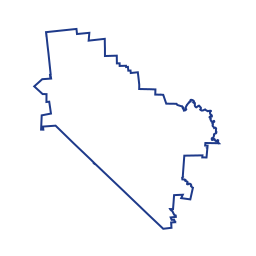 outline of Méndez, Tamaulipas, Mexico, rotated 264°
{"feature_id": "50627088B67247085370697", "entity_name": "Méndez", "entity_type": "district", "adm_level": 2, "iso_a3": "MEX", "parent_name": "Mexico", "parent_adm1": "Tamaulipas", "projection": "robinson", "projection_center": [-98.5, 25.209], "detail": "fine", "context": "isolated", "style": "outline", "palette": "blue", "viewbox_px": 256, "rotation_deg": 264, "n_neighbors": 0, "source": "geoboundaries", "source_scale": "gbopen_adm2", "svg_char_len": 5378}
<svg xmlns="http://www.w3.org/2000/svg" viewBox="0 0 256 256"><g transform="rotate(264 128 128)"><path d="M24.1,152.5L24.2,160.8L26.9,160.9L27.5,160.9L27.5,161.0L29.5,161.0L29.4,164.1L29.5,164.0L29.5,164.5L29.9,164.6L29.9,164.8L30.0,165.0L30.4,164.7L31.3,164.5L31.6,164.2L31.8,164.1L32.0,164.1L32.0,163.4L32.1,162.5L32.1,161.8L34.6,161.1L34.6,166.3L36.0,166.3L36.3,165.6L36.7,165.2L36.8,164.9L37.1,164.7L37.4,164.7L37.5,164.6L37.8,164.5L38.2,164.3L38.6,164.2L39.0,164.0L39.7,163.8L39.9,163.7L40.4,163.6L40.5,163.5L40.6,163.4L41.1,163.0L41.2,162.8L41.3,162.6L41.5,162.4L42.1,162.0L42.5,161.6L43.0,161.4L42.6,164.3L49.6,165.6L56.4,166.8L56.2,170.8L55.9,175.5L52.7,173.6L50.5,182.5L61.8,186.3L62.1,185.7L62.9,185.2L63.5,184.6L63.9,184.5L64.1,184.7L64.2,184.9L64.3,184.9L64.7,184.9L65.2,184.7L65.4,184.6L65.6,184.5L66.0,183.9L66.0,183.4L66.2,183.2L66.3,182.9L66.0,182.6L65.7,181.8L65.8,181.2L66.0,180.9L66.4,180.9L66.8,181.2L67.7,181.4L68.0,181.5L68.3,181.5L68.8,180.8L68.8,180.6L69.4,180.1L69.5,179.9L69.4,179.5L69.7,179.3L70.0,179.4L70.1,179.6L70.3,179.7L70.6,179.3L70.7,179.2L70.9,179.0L70.9,178.4L71.2,176.7L72.1,176.7L72.8,176.6L73.0,176.8L73.3,177.1L73.3,177.3L73.5,177.5L73.7,177.3L73.9,177.4L77.9,178.1L94.6,181.1L93.0,199.2L91.0,198.8L90.5,203.0L99.6,204.8L99.8,204.6L99.9,204.9L102.1,205.3L102.5,202.9L105.0,203.4L104.0,211.5L103.4,216.3L103.2,216.4L103.2,216.9L103.7,216.5L104.2,216.0L104.4,216.0L105.2,216.2L105.8,216.3L106.1,216.4L106.3,216.4L106.5,216.0L106.6,215.8L106.3,215.4L106.1,215.3L106.1,215.2L105.9,215.1L105.8,214.9L105.7,214.8L105.7,214.6L105.7,214.4L105.7,214.2L105.9,214.1L106.2,213.6L106.5,213.5L106.6,213.3L106.9,213.1L107.4,213.1L107.9,212.9L108.0,212.7L107.8,212.1L107.6,211.8L107.4,211.5L107.3,211.2L107.3,210.7L107.3,210.4L107.5,210.2L108.3,210.1L108.8,210.2L109.0,210.3L109.2,210.6L109.2,210.8L109.2,211.0L109.5,211.6L109.7,211.9L109.8,212.0L111.5,212.8L111.9,212.7L112.5,212.8L112.9,213.0L113.0,213.2L113.1,213.6L113.4,214.3L113.4,214.5L113.5,214.9L113.6,215.0L113.8,215.2L114.0,215.3L114.4,215.4L114.4,215.0L114.7,215.0L116.0,215.2L117.0,215.2L117.3,215.3L117.7,215.5L118.1,215.6L118.7,215.4L118.8,215.3L119.1,215.1L119.2,214.8L119.0,213.7L119.5,213.7L120.8,212.6L121.0,212.5L121.3,212.4L121.8,212.4L122.0,212.6L122.3,212.8L122.7,212.8L122.9,212.6L123.8,212.4L124.0,212.6L124.0,213.0L124.5,213.3L124.7,213.6L125.0,214.0L125.2,214.4L125.5,214.5L125.8,214.4L125.7,214.1L125.7,213.9L125.9,213.9L126.0,213.8L125.8,213.4L125.6,213.3L125.6,213.2L125.4,213.0L125.5,212.1L125.5,211.9L125.8,211.6L126.3,211.5L126.5,211.4L126.9,211.3L127.3,211.1L127.6,211.1L127.8,210.9L128.4,210.9L128.6,211.1L128.8,211.2L128.9,211.3L129.2,211.3L129.5,211.3L129.7,211.2L129.8,211.0L129.9,210.9L129.7,210.7L129.9,210.3L130.2,210.2L130.4,210.3L130.6,210.4L130.7,210.6L130.9,211.0L131.0,212.1L130.9,212.6L131.0,212.6L131.5,212.7L131.8,212.6L132.2,212.1L132.3,212.1L132.3,211.9L132.6,211.7L132.8,211.6L133.0,211.5L133.2,211.4L133.5,211.2L134.1,211.1L134.9,211.2L135.5,211.4L135.7,211.5L135.9,211.6L135.9,211.8L136.0,212.1L136.2,212.3L136.3,212.3L136.4,212.2L136.5,211.9L136.6,211.5L136.6,211.1L136.5,210.4L136.4,210.1L136.4,209.9L136.4,209.7L136.6,209.5L136.6,209.4L136.4,209.0L137.8,207.1L138.4,206.6L138.2,206.1L138.1,205.7L137.9,205.3L137.9,205.2L137.7,204.8L137.6,203.4L137.6,203.2L138.4,202.0L138.5,201.9L138.8,201.8L138.9,202.1L139.1,202.3L139.7,202.5L139.9,202.5L140.4,202.6L140.6,202.6L140.8,202.5L141.1,202.2L141.6,201.9L141.7,201.7L141.9,201.7L142.5,201.2L142.8,201.0L142.8,200.7L142.3,199.9L142.3,199.6L142.1,199.4L142.0,199.2L141.8,198.9L141.4,198.1L141.6,197.7L142.5,197.0L143.0,196.9L143.4,196.8L143.7,196.8L144.1,196.8L144.5,197.0L144.9,197.0L145.1,197.0L145.3,197.1L145.5,197.1L145.8,197.1L145.9,196.9L146.0,196.9L146.2,196.6L146.3,196.3L146.2,196.0L146.2,195.9L146.7,195.6L146.8,195.5L147.0,195.6L147.2,195.9L147.6,196.4L147.9,196.3L148.2,196.1L148.5,195.8L148.6,195.6L149.0,195.1L149.4,194.1L149.4,193.9L149.4,193.7L149.4,193.3L149.2,193.1L149.0,192.9L148.8,192.8L148.7,192.8L148.0,193.0L148.0,192.9L147.8,192.7L147.5,192.3L147.3,191.9L147.2,191.8L147.3,191.6L147.1,191.5L146.8,191.2L146.7,191.1L146.4,190.6L145.1,189.4L144.9,189.1L144.7,189.1L143.9,188.4L143.5,188.2L143.1,188.0L142.7,187.7L141.4,187.2L141.2,187.3L141.1,187.6L140.9,187.7L140.8,187.8L140.5,187.9L140.2,187.7L139.9,187.3L139.5,186.5L139.5,185.4L140.7,185.4L141.0,185.1L141.2,184.9L141.7,184.6L142.4,185.1L142.6,185.1L142.8,185.0L143.2,184.3L143.3,184.1L143.5,184.0L143.8,184.1L144.0,184.0L144.0,183.7L144.1,183.3L144.3,182.9L144.4,182.6L145.8,179.4L147.0,178.8L148.2,168.6L157.3,166.5L157.5,165.3L157.8,164.0L157.7,163.9L158.4,158.6L163.5,159.3L164.2,154.4L165.6,143.2L168.9,143.6L169.9,143.7L174.2,143.7L182.4,143.6L182.4,136.5L184.9,136.5L185.0,134.3L188.8,134.3L188.8,132.5L190.1,132.5L190.6,126.2L193.2,126.4L193.4,123.7L201.1,124.4L202.0,112.6L209.7,113.4L212.3,113.6L219.1,114.2L219.0,98.0L226.7,99.5L226.8,87.1L231.9,87.1L231.9,86.8L231.9,75.2L231.9,56.5L229.4,56.5L229.5,56.6L228.0,56.6L219.0,56.6L211.4,56.7L209.6,56.7L189.2,56.7L189.1,56.0L187.1,56.0L187.1,56.6L185.2,56.7L185.5,47.8L179.2,39.1L170.7,46.6L170.2,50.5L162.4,49.6L162.4,52.4L157.6,52.6L150.4,52.9L150.1,49.3L149.6,43.5L135.5,41.4L135.2,43.6L138.3,43.6L137.9,56.2L118.4,72.4L100.2,87.9L96.9,90.6L96.6,90.3L96.0,90.8L96.3,91.1L68.0,115.2L40.1,138.8L24.1,152.5Z" fill="none" stroke="#1e3a8a" stroke-width="2"/></g></svg>